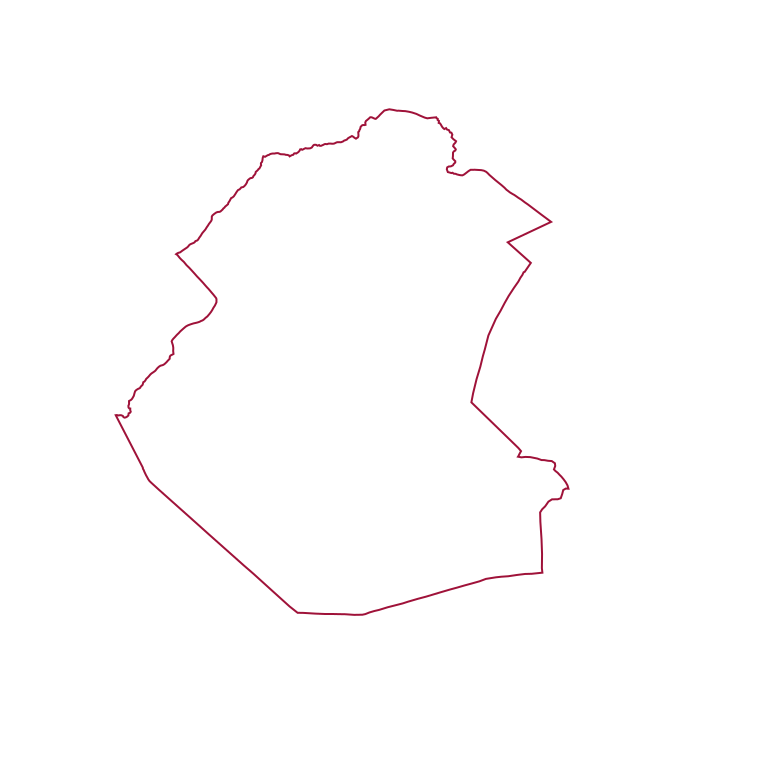 Kiri Vong, Takêv, Cambodia (Mercator projection), rotated 44°
{"feature_id": "14789045B7964460179399", "entity_name": "Kiri Vong", "entity_type": "district", "adm_level": 2, "iso_a3": "KHM", "parent_name": "Cambodia", "parent_adm1": "Takêv", "projection": "mercator", "projection_center": [104.745, 10.65], "detail": "fine", "context": "isolated", "style": "outline", "palette": "rose", "viewbox_px": 768, "rotation_deg": 44, "n_neighbors": 0, "source": "geoboundaries", "source_scale": "gbopen_adm2", "svg_char_len": 6153}
<svg xmlns="http://www.w3.org/2000/svg" viewBox="0 0 768 768"><g transform="rotate(44 384 384)"><path d="M142.5,311.2L143.7,312.0L144.0,313.2L144.4,314.6L144.7,315.6L144.4,316.5L144.6,317.4L144.6,318.7L144.4,320.5L145.3,321.9L145.6,323.4L145.6,325.0L146.1,326.4L145.8,327.6L144.9,328.7L144.7,329.9L144.5,331.5L144.7,332.9L145.4,334.2L145.7,335.3L146.0,336.7L146.1,338.6L145.9,340.1L144.8,341.7L144.9,343.1L144.9,344.4L144.3,345.7L144.4,347.1L144.7,348.9L145.1,350.6L145.4,352.3L145.6,353.4L145.4,355.1L144.9,356.5L145.8,359.7L146.0,360.9L146.2,361.9L146.9,363.0L146.7,365.1L146.5,366.8L146.7,368.0L146.5,369.4L146.7,370.5L146.6,372.0L146.5,373.6L145.9,374.7L145.0,375.6L144.2,377.1L143.7,379.8L143.5,382.1L143.9,383.3L144.8,384.2L145.9,385.4L146.4,386.7L146.6,388.0L146.9,390.6L147.3,392.3L147.6,394.3L148.2,397.0L148.4,400.4L148.5,401.8L149.2,404.9L149.5,407.2L150.0,409.4L149.9,410.6L149.1,412.2L149.3,413.5L149.1,414.6L148.4,416.2L147.6,418.0L147.4,419.4L147.6,421.3L147.5,422.7L146.8,425.9L146.3,428.3L145.9,430.9L144.9,432.6L144.5,433.8L144.3,435.0L145.7,434.7L149.5,435.2L151.7,435.3L155.2,435.2L159.5,435.7L163.3,435.7L166.8,435.9L171.3,436.2L174.8,436.5L177.9,436.6L183.6,436.9L186.8,437.2L189.3,437.4L191.8,437.5L196.6,438.0L198.9,438.2L202.7,438.7L203.8,438.9L204.6,439.4L206.7,441.6L207.2,443.0L207.9,445.1L208.1,446.3L208.4,447.8L209.0,449.9L209.5,452.3L209.8,454.9L209.9,456.5L210.0,458.2L209.7,460.2L209.6,462.9L209.3,464.3L208.6,465.8L208.1,467.4L207.1,469.3L206.1,470.9L204.9,472.7L203.6,475.1L202.8,476.7L202.1,478.3L201.5,480.4L201.2,483.5L200.9,487.7L201.0,490.1L200.9,491.8L200.9,493.1L201.0,495.6L201.0,497.8L201.2,499.6L201.6,500.8L203.4,501.8L205.1,502.7L207.0,504.1L208.0,505.1L209.4,506.7L210.6,507.7L211.7,508.6L211.4,509.7L210.7,511.6L210.8,512.8L211.5,513.9L212.3,514.7L212.3,518.0L212.4,519.2L212.3,521.5L212.2,522.5L211.8,523.9L211.3,524.8L210.5,526.1L210.1,527.8L210.0,529.4L210.0,530.5L210.3,533.3L210.0,535.2L209.4,538.0L209.3,539.5L209.5,542.0L209.5,543.5L209.4,545.6L209.8,546.9L210.0,548.6L209.6,549.9L210.4,551.3L210.9,552.2L210.9,553.9L210.8,554.8L211.2,556.0L211.1,556.9L210.5,558.3L210.0,560.3L210.0,562.1L211.0,564.1L211.8,565.5L212.3,566.5L212.8,568.5L213.1,569.9L213.0,571.5L212.4,573.3L213.0,574.0L214.0,574.9L214.8,576.0L215.3,577.3L216.6,578.4L217.7,578.5L218.5,577.9L219.6,579.1L221.1,579.9L221.3,581.2L220.7,582.5L221.4,583.5L222.0,584.2L221.9,585.9L221.5,587.2L220.9,588.3L219.7,588.8L218.3,588.4L216.7,589.0L215.7,589.9L214.7,591.2L213.4,591.9L212.7,592.8L268.6,611.7L269.4,612.4L270.9,612.8L272.4,613.5L276.1,614.9L279.1,615.8L280.6,616.3L282.8,616.7L285.5,616.7L295.9,616.4L341.4,614.6L362.9,613.8L382.1,613.0L409.1,611.9L421.9,611.2L449.9,610.3L470.6,609.6L480.8,608.6L484.5,605.1L488.8,601.4L494.2,596.8L500.8,590.9L506.1,585.8L511.5,580.8L516.1,576.5L522.9,570.8L528.7,565.0L530.4,562.5L532.2,558.5L534.7,554.1L537.4,549.9L541.7,542.1L547.5,532.7L549.9,528.8L552.5,523.9L557.7,514.8L562.0,507.7L569.4,494.5L574.3,485.9L578.0,479.7L581.9,472.9L585.6,466.7L589.7,459.7L592.7,453.4L598.8,445.3L602.3,441.1L606.9,436.0L612.3,429.0L617.4,422.7L622.1,417.9L629.0,409.7L625.5,406.8L615.8,396.5L605.1,386.2L592.2,374.5L585.5,367.9L584.8,364.3L584.9,360.0L584.0,354.4L585.0,350.2L589.0,346.3L590.5,343.4L588.6,339.3L586.6,335.8L587.4,332.9L589.4,331.2L586.5,329.5L582.9,328.4L579.4,327.8L575.8,327.4L573.7,327.4L570.5,327.2L567.8,327.5L565.6,327.4L564.1,324.0L562.0,322.3L558.2,322.9L555.3,325.3L552.3,327.3L550.1,329.3L546.1,331.1L540.0,335.0L536.4,338.2L533.8,341.3L530.9,343.2L530.7,342.1L530.2,340.8L529.2,337.1L525.1,336.7L459.6,336.5L454.5,328.7L447.2,316.2L441.3,304.7L435.8,295.3L432.5,289.1L425.4,276.6L419.2,259.4L417.0,250.4L414.5,241.8L412.5,234.0L410.7,224.6L409.5,217.0L408.3,212.7L407.8,209.5L406.8,206.6L407.3,205.6L405.5,194.9L374.6,196.1L391.6,151.3L379.2,152.9L362.7,154.9L359.1,155.5L354.7,156.0L351.4,156.7L348.8,157.1L346.4,157.5L344.6,158.0L341.5,158.7L338.6,159.0L337.3,159.2L334.3,159.1L330.3,159.3L322.4,160.0L314.6,160.4L312.0,160.3L310.1,160.4L307.6,161.2L305.4,162.6L300.5,166.8L297.5,169.8L296.9,172.1L296.5,175.0L296.1,177.6L295.5,179.4L294.2,180.5L292.9,181.4L290.8,182.6L289.6,183.0L288.0,184.3L286.6,184.4L285.9,185.5L284.3,186.3L282.7,187.2L280.0,185.9L279.0,184.3L279.4,182.7L280.9,181.0L281.7,178.8L281.3,177.2L281.4,175.2L280.5,174.2L278.5,174.2L276.7,174.0L275.3,172.2L272.9,169.6L272.6,168.2L273.1,166.5L272.6,165.3L271.1,165.1L269.5,165.0L268.5,164.9L267.7,163.3L267.7,160.7L267.2,159.3L263.9,159.7L261.2,159.6L260.0,157.2L257.9,156.4L256.7,157.2L254.4,156.3L252.5,157.2L250.9,156.8L250.3,158.7L248.6,158.8L247.0,158.6L244.7,157.9L243.2,157.6L242.0,158.2L240.8,156.6L239.2,156.8L238.4,155.9L237.1,156.3L236.3,155.9L232.9,159.9L230.6,162.8L228.2,164.1L225.6,165.1L223.3,166.0L219.7,167.2L215.6,169.2L212.9,170.8L209.8,172.9L207.5,174.9L204.8,177.1L203.5,178.4L200.3,180.4L197.0,182.7L194.3,187.0L194.2,189.8L194.1,192.9L194.2,195.1L194.0,198.0L193.9,199.0L193.0,199.6L191.0,200.3L189.9,200.7L188.8,201.7L188.7,203.8L188.5,205.9L188.3,207.3L188.8,208.8L189.6,209.5L190.7,210.4L190.2,211.2L189.3,212.0L188.6,212.9L188.5,215.1L189.7,217.2L190.0,218.6L190.6,219.6L190.5,220.7L192.5,222.5L193.5,223.6L193.9,224.8L193.6,225.9L193.4,227.0L191.7,227.4L190.1,227.5L188.7,227.9L187.8,230.7L187.4,232.3L187.5,233.9L186.9,235.4L186.3,236.4L186.0,238.1L185.1,240.0L182.4,242.5L181.8,243.8L181.2,245.5L180.5,246.5L179.8,247.2L178.9,247.9L177.2,249.5L176.4,251.1L175.2,252.0L174.6,252.8L174.2,254.1L173.2,256.5L172.2,257.3L171.3,257.2L170.6,258.8L169.1,259.1L168.2,259.8L167.6,260.5L167.4,261.4L167.6,263.0L167.8,263.9L167.3,265.5L166.7,266.3L165.1,268.0L163.8,268.8L163.3,269.9L162.8,271.5L162.4,272.4L161.4,272.5L160.7,273.5L161.2,274.7L161.3,276.7L161.1,277.7L160.7,279.3L159.7,279.8L159.2,280.7L159.5,282.1L158.9,283.0L158.3,284.7L158.0,285.8L156.9,285.6L155.5,286.2L154.3,287.3L153.0,287.9L149.9,290.6L148.5,291.1L147.3,291.6L146.0,293.0L145.2,294.2L144.4,295.0L143.7,295.7L142.9,296.8L142.4,297.7L142.0,299.3L141.4,300.2L140.6,303.2L139.0,304.0L139.5,305.3L140.5,306.7L141.1,307.4L142.0,309.1L142.0,310.4L142.5,311.2Z" fill="none" stroke="#9f1239" stroke-width="2"/></g></svg>